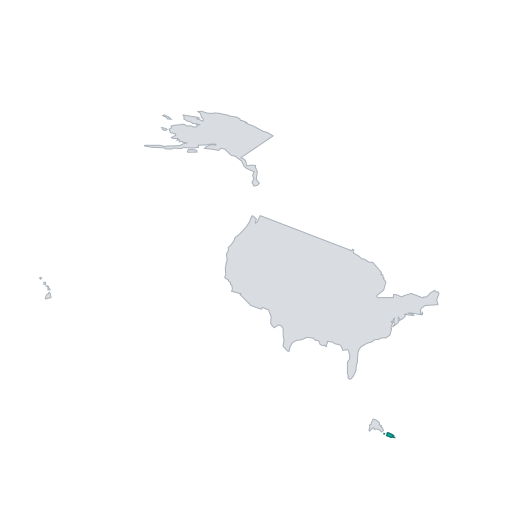 Puerto Rico highlighted, Equal Earth projection, rotated 21°
{"feature_id": "PRI", "entity_name": "Puerto Rico", "entity_type": "country or territory", "adm_level": 0, "iso_a3": "PRI", "parent_name": "North America", "parent_adm1": "", "projection": "equal_earth", "projection_center": [-66.749, 18.235], "detail": "fine", "context": "with_neighbors", "style": "filled", "palette": "teal", "viewbox_px": 512, "rotation_deg": 21, "n_neighbors": 2, "source": "natural_earth", "source_scale": "50m", "svg_char_len": 5076}
<svg xmlns="http://www.w3.org/2000/svg" viewBox="0 0 512 512"><g transform="rotate(21 256 256)"><path d="M245.5,216.8L343.5,216.8L343.8,215.1L345.0,215.1L345.2,217.5L346.2,218.3L352.2,219.3L355.4,220.7L358.4,220.1L363.8,221.3L367.1,220.0L378.9,226.4L379.1,227.7L379.9,228.1L379.6,228.6L381.3,228.2L382.1,230.1L383.5,230.7L383.0,231.5L386.6,233.7L387.4,242.2L383.2,249.4L383.4,250.6L384.6,251.3L399.0,245.6L398.3,242.7L400.0,241.9L407.0,241.9L408.3,240.0L414.5,235.3L426.8,235.3L427.2,234.1L429.9,233.2L432.4,227.4L435.2,223.9L436.4,225.1L438.8,224.3L440.4,225.7L440.3,232.0L443.3,236.2L431.7,241.6L429.1,245.6L429.0,248.1L430.1,250.7L431.7,250.8L431.3,249.0L432.4,250.1L432.1,251.5L421.2,253.6L418.0,255.0L423.5,254.1L424.6,255.0L419.3,256.5L416.9,256.5L417.1,255.9L415.9,257.2L417.0,257.5L416.0,261.0L413.1,264.9L412.9,263.6L410.9,262.1L411.6,264.8L412.5,265.7L412.5,267.5L408.8,273.5L409.8,269.9L408.0,268.0L407.7,263.8L406.9,266.0L407.5,269.2L405.1,268.4L407.6,270.0L407.6,274.8L408.7,275.2L409.3,282.0L406.7,285.9L402.6,287.4L399.9,290.4L398.0,290.8L395.9,292.7L395.3,294.4L390.8,297.8L386.4,303.4L385.6,307.2L386.1,310.8L388.8,319.2L388.8,321.5L390.4,327.7L389.9,333.5L388.7,336.8L387.5,337.5L385.5,336.8L385.0,334.5L383.5,333.2L379.4,322.3L380.4,318.8L379.4,315.8L376.5,311.4L375.0,310.6L370.9,313.0L368.4,310.2L366.0,308.9L361.5,309.6L358.0,309.0L353.2,310.2L353.8,311.6L353.6,313.8L354.3,314.8L353.5,315.5L352.1,314.7L350.5,315.7L347.6,315.6L344.9,312.7L341.4,313.4L338.6,312.2L332.6,313.8L328.6,317.8L324.4,320.1L321.9,322.6L320.8,325.0L320.4,328.8L321.0,333.2L319.4,333.4L313.6,330.5L312.2,324.2L310.1,321.1L307.5,314.3L304.9,312.2L301.7,312.3L298.6,316.5L295.5,314.9L293.6,313.3L292.1,307.6L287.1,301.8L280.2,301.8L279.9,303.9L268.9,304.0L255.0,297.7L255.5,296.7L245.9,297.7L245.7,295.0L243.8,292.0L242.1,291.4L241.9,289.9L239.8,289.6L238.7,288.2L235.2,287.7L234.4,286.9L234.5,284.1L231.9,278.9L230.4,271.8L230.8,270.7L227.7,264.8L228.3,260.7L227.0,258.0L228.9,253.9L230.0,249.8L229.9,246.0L232.8,241.5L236.3,232.9L237.7,226.6L237.7,220.5L238.4,219.6L243.0,221.2L243.5,225.5L244.8,224.3L245.5,216.8ZM228.9,137.8L206.7,169.6L209.7,169.7L212.2,170.8L214.9,175.0L219.2,172.8L223.2,171.6L223.8,173.6L227.1,176.9L228.7,184.3L233.1,186.9L231.9,189.5L229.1,191.5L225.7,188.6L226.5,185.1L223.9,181.8L224.1,178.0L216.0,177.7L212.8,176.6L208.5,172.5L201.1,170.4L196.4,170.8L188.6,167.4L184.5,168.2L183.4,170.8L177.2,171.9L169.3,174.0L170.4,171.7L174.5,168.0L178.7,166.9L178.5,165.9L173.0,168.0L169.0,170.5L162.4,173.2L163.4,175.1L158.3,177.9L149.5,180.8L147.5,182.6L140.8,184.7L138.5,186.6L133.3,188.4L131.3,188.0L119.1,192.0L112.5,193.2L112.5,192.5L126.9,187.0L131.4,186.5L134.2,184.9L140.5,182.4L145.3,180.2L148.0,177.2L151.4,174.9L146.8,176.1L146.2,175.4L143.4,176.9L142.7,174.9L140.8,176.3L141.1,174.3L136.6,175.9L134.6,175.9L136.2,173.6L137.9,172.2L136.9,170.8L132.1,171.5L129.4,168.8L131.2,166.7L130.1,165.1L133.2,163.0L137.5,161.0L140.2,159.2L143.0,158.9L144.6,159.5L148.6,157.8L150.6,158.1L153.9,157.0L154.7,155.4L153.5,154.8L157.0,153.5L151.1,154.2L149.5,155.0L147.8,154.2L143.1,154.6L139.4,153.8L139.4,152.4L137.4,150.5L151.3,147.5L153.7,147.5L151.8,149.1L158.2,149.0L157.7,147.0L155.2,145.8L153.1,142.9L150.0,141.9L153.3,140.3L158.6,140.2L163.6,138.8L165.8,137.4L170.1,136.1L179.9,134.5L182.4,134.7L188.2,133.2L192.0,133.8L192.9,135.0L194.6,134.5L199.3,134.6L198.6,135.3L202.5,135.8L205.7,135.5L218.2,137.0L222.4,136.6L228.9,137.8ZM120.1,156.9L121.4,157.6L123.6,157.2L127.9,158.6L124.2,159.8L122.0,158.4L119.1,158.6L118.6,158.3L120.1,156.9ZM77.6,365.0L79.5,368.2L75.2,371.5L74.3,370.7L74.5,367.1L75.7,365.6L75.9,364.0L77.6,365.0ZM75.9,361.2L74.0,362.3L73.2,360.3L73.7,359.8L75.9,361.2ZM73.3,358.9L73.0,359.5L70.9,359.4L71.3,358.7L73.3,358.9ZM68.7,355.9L69.8,358.1L69.5,358.4L67.8,358.2L67.4,356.7L68.7,355.9ZM63.8,353.2L63.0,355.0L61.8,354.0L62.9,353.1L63.8,353.2ZM125.5,169.3L127.7,169.6L126.8,171.1L124.3,171.7L121.8,169.9L125.5,169.3ZM161.1,178.6L163.1,178.9L163.7,180.1L155.2,183.6L154.2,182.5L155.0,180.7L161.1,178.6Z" fill="#d9dde1" stroke="#a8b0b8" stroke-width="1"/><path d="M423.7,377.9L423.6,374.8L422.5,373.1L423.6,372.2L423.6,367.0L424.1,366.1L427.3,366.1L430.9,367.4L431.6,369.4L433.9,369.3L433.7,370.9L435.6,371.1L437.6,373.2L436.1,375.4L434.1,374.2L430.8,374.2L428.5,375.5L427.8,374.2L426.5,375.0L424.8,378.8L423.7,377.9Z" fill="#d9dde1" stroke="#a8b0b8" stroke-width="1"/><path d="M446.7,374.1L446.8,374.2L447.7,374.1L448.2,374.3L448.8,374.4L448.8,375.2L448.4,375.5L448.1,375.9L447.9,376.3L447.4,376.7L446.7,376.9L446.2,376.9L445.9,376.8L445.5,376.8L445.1,376.6L444.7,376.7L444.0,376.6L443.7,376.8L443.2,376.8L442.5,376.8L442.3,376.6L442.4,375.7L442.4,375.3L442.2,375.0L442.1,374.8L442.0,374.5L442.2,374.4L442.4,374.1L442.4,373.8L442.6,373.7L442.8,373.7L443.9,373.8L446.4,373.9L446.6,373.9L446.7,374.1ZM449.6,376.0L449.3,376.0L449.1,376.0L449.0,375.8L449.4,375.7L449.9,375.7L450.1,375.8L449.6,376.0ZM439.4,376.2L439.2,376.1L439.2,375.9L439.3,375.9L439.5,375.9L439.6,376.0L439.4,376.2Z" fill="#14b8a6" stroke="#0f766e" stroke-width="1.5"/></g></svg>